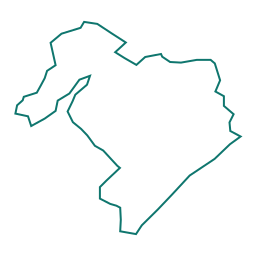 Fasoula Pafou, Paphos, Cyprus
{"feature_id": "46923920B40214327074484", "entity_name": "Fasoula Pafou", "entity_type": "district", "adm_level": 2, "iso_a3": "CYP", "parent_name": "Cyprus", "parent_adm1": "Paphos", "projection": "albers", "projection_center": [32.631, 34.747], "detail": "fine", "context": "isolated", "style": "outline", "palette": "teal", "viewbox_px": 256, "rotation_deg": 0, "n_neighbors": 0, "source": "geoboundaries", "source_scale": "gbopen_adm2", "svg_char_len": 926}
<svg xmlns="http://www.w3.org/2000/svg" viewBox="0 0 256 256"><path d="M240.6,136.5L230.3,131.0L229.5,122.4L233.6,114.2L223.9,105.9L223.9,96.2L215.4,91.5L220.1,80.3L214.8,63.4L210.9,60.1L210.7,59.9L196.6,59.9L181.0,62.6L170.1,62.0L162.2,56.7L161.0,54.0L145.2,57.0L136.4,64.9L124.6,58.1L115.2,52.2L125.8,42.5L111.7,33.4L97.3,23.9L84.1,21.9L80.6,27.8L61.5,33.7L50.6,42.8L55.6,65.2L47.1,70.8L44.7,78.2L40.9,85.3L36.8,92.7L23.8,96.8L22.7,100.3L17.1,105.3L15.4,113.6L28.0,116.3L31.2,126.0L44.7,118.6L55.6,110.9L57.7,100.6L69.4,93.5L79.4,79.7L90.0,75.8L87.0,84.7L75.3,94.7L72.6,101.2L67.6,111.5L72.9,122.2L81.1,128.9L87.3,135.4L94.9,145.8L103.2,150.5L117.3,165.8L119.9,167.9L106.4,180.6L99.9,187.1L99.9,198.6L110.2,203.9L116.4,205.7L120.2,207.7L120.8,219.8L120.2,231.3L135.5,234.0L136.0,234.1L141.8,225.3L158.0,209.3L172.0,194.6L189.7,175.5L214.6,158.9L230.0,144.2L240.6,136.5Z" fill="none" stroke="#0f766e" stroke-width="2"/></svg>